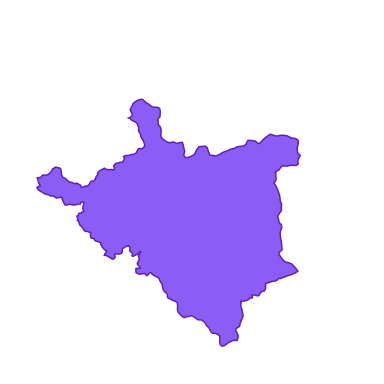 Quang Binh, Hà Giang, Vietnam, rotated 127°
{"feature_id": "81297802B33189914091729", "entity_name": "Quang Binh", "entity_type": "district", "adm_level": 2, "iso_a3": "VNM", "parent_name": "Vietnam", "parent_adm1": "Hà Giang", "projection": "robinson", "projection_center": [104.681, 22.384], "detail": "fine", "context": "isolated", "style": "filled", "palette": "violet", "viewbox_px": 384, "rotation_deg": 127, "n_neighbors": 0, "source": "geoboundaries", "source_scale": "gbopen_adm2", "svg_char_len": 6066}
<svg xmlns="http://www.w3.org/2000/svg" viewBox="0 0 384 384"><g transform="rotate(127 192 192)"><path d="M296.7,74.8L294.7,73.5L290.7,72.3L287.0,70.6L285.1,69.2L283.5,66.7L280.0,67.9L279.3,68.4L278.6,69.2L276.5,73.3L275.6,74.3L274.7,74.5L272.3,73.9L270.8,73.1L267.8,74.5L260.5,76.5L259.8,77.0L255.9,81.3L253.9,84.4L250.9,86.1L250.1,87.3L245.8,83.0L245.0,82.5L242.0,81.8L241.0,81.0L240.3,80.2L239.7,80.2L238.9,82.0L238.6,82.1L238.2,81.9L236.5,80.0L235.5,77.1L234.4,76.3L231.0,76.7L229.8,76.5L228.9,76.0L227.7,74.8L226.8,74.8L224.9,75.1L224.3,75.5L221.2,78.0L220.0,77.5L218.6,76.7L217.2,75.4L215.1,74.4L214.2,72.9L212.7,71.8L211.5,71.1L209.5,70.9L208.9,70.5L207.9,69.3L201.3,65.2L199.2,63.6L194.3,60.8L191.6,59.8L190.7,62.2L189.5,68.6L189.8,70.7L190.5,72.8L191.7,74.9L191.7,76.9L191.3,79.5L189.4,85.2L188.3,85.8L186.9,86.0L184.3,85.3L183.8,85.4L177.4,91.2L175.3,93.7L173.4,95.5L170.9,97.5L166.5,98.8L165.6,99.5L164.8,100.5L164.3,101.4L164.2,102.9L163.7,104.2L159.9,108.7L159.2,109.1L157.3,109.3L152.8,109.5L151.1,111.0L147.6,113.3L147.1,114.0L146.9,115.2L142.2,119.8L139.4,123.7L136.8,128.4L135.5,132.0L132.5,131.9L131.4,132.4L125.3,137.6L122.9,136.1L122.1,135.9L118.1,135.9L117.3,135.7L116.4,135.4L114.9,132.7L113.8,131.3L111.1,129.2L109.4,126.5L108.3,125.0L107.3,124.4L105.6,124.1L103.9,125.9L102.9,126.6L100.6,127.2L98.3,127.4L97.5,127.9L97.5,130.2L96.6,131.9L93.5,134.6L89.9,136.0L87.3,137.9L86.9,138.8L86.7,139.6L87.2,142.2L88.9,144.7L89.9,149.9L91.2,152.3L93.0,155.0L96.4,158.0L97.5,160.7L98.4,163.5L98.9,164.4L105.0,166.3L112.5,167.3L113.3,167.9L113.4,168.9L113.2,171.7L114.1,173.9L116.5,177.7L117.1,178.3L118.5,178.3L120.9,177.7L123.1,177.9L124.9,179.2L127.1,181.7L129.8,183.7L131.7,184.4L134.7,187.1L136.7,187.8L140.7,190.6L147.7,193.8L149.7,195.7L149.7,196.5L151.7,199.8L151.7,200.4L147.4,206.7L147.4,208.5L147.6,209.2L148.6,210.5L150.0,211.6L150.5,212.6L151.7,213.7L155.1,213.8L159.9,212.7L161.1,212.9L164.3,214.2L167.2,216.3L168.0,217.4L168.3,218.7L167.6,220.6L166.4,221.3L164.1,222.2L163.5,222.7L162.1,224.7L159.3,227.8L158.3,229.4L158.3,229.9L159.1,230.7L162.7,233.7L162.8,234.5L162.8,236.0L164.0,237.8L165.5,239.0L166.6,240.3L167.2,243.0L167.3,244.8L167.1,248.0L166.8,249.5L165.5,251.1L161.0,253.9L159.1,256.6L158.4,259.5L154.6,262.8L153.9,263.1L151.2,262.8L146.5,266.0L145.0,267.8L144.8,269.0L144.9,270.2L147.5,273.8L148.0,275.5L147.9,279.0L148.3,282.8L147.8,286.5L148.2,287.9L150.2,289.9L154.0,291.7L156.8,292.3L159.5,291.6L162.8,291.1L163.9,290.6L165.5,287.0L166.2,286.1L166.8,285.7L169.8,286.3L171.2,287.2L171.1,286.7L170.4,285.9L170.9,284.1L170.6,281.0L170.1,279.3L170.3,277.1L171.8,274.9L172.6,273.2L174.7,272.0L175.3,271.5L176.2,269.8L176.7,268.1L178.1,266.8L179.1,265.1L179.6,264.2L179.6,263.4L180.3,262.3L180.9,260.7L182.9,258.2L183.4,257.7L184.6,257.3L186.2,257.8L187.5,257.7L189.1,260.4L189.6,260.8L192.3,260.6L193.7,260.0L196.9,260.9L198.1,262.7L200.6,264.4L202.0,265.8L202.6,266.8L204.6,267.9L204.8,268.0L205.8,266.4L206.6,265.7L209.7,265.4L210.3,265.8L211.4,267.1L212.7,268.0L214.0,269.3L215.8,270.3L216.9,270.4L218.7,270.0L219.3,268.4L220.4,268.0L221.7,268.0L222.2,269.5L222.9,270.4L223.9,271.3L224.5,272.6L225.4,273.7L225.7,275.3L225.7,276.4L227.4,276.9L228.5,277.7L231.2,278.7L233.0,278.8L234.1,278.6L235.3,277.6L237.8,277.8L239.2,277.1L242.6,277.0L243.1,277.3L243.2,278.1L243.6,278.7L243.9,278.9L245.0,279.1L248.5,278.6L250.4,279.3L251.9,281.2L253.0,281.3L253.5,281.6L254.5,283.4L254.6,283.8L253.9,284.7L253.7,285.4L254.2,288.9L254.3,289.6L255.2,289.7L255.9,290.2L256.2,291.9L256.6,292.4L256.9,294.3L257.7,295.4L258.0,297.5L257.7,298.2L257.6,300.1L257.2,301.5L257.9,302.5L258.0,304.2L256.9,306.3L252.9,310.3L252.5,311.1L252.4,312.0L253.5,314.0L253.7,315.0L254.6,316.3L256.4,316.5L257.7,317.3L258.3,317.2L259.5,316.7L260.1,316.6L264.1,317.3L265.4,317.9L266.5,318.8L268.1,321.1L269.0,321.6L271.4,321.6L273.8,324.2L277.6,319.0L277.9,317.6L278.6,316.8L278.9,316.8L279.3,317.1L279.6,317.7L280.7,318.4L281.7,318.5L282.1,318.0L282.8,315.8L282.1,308.5L280.5,304.5L280.4,302.8L278.8,300.4L278.5,299.6L278.4,298.4L278.5,296.7L274.6,293.2L277.9,287.7L278.7,285.5L278.7,285.2L275.3,282.1L273.7,278.7L273.0,277.9L269.6,275.1L268.9,273.9L267.2,274.4L266.3,274.1L265.8,273.4L265.6,271.9L270.5,269.6L271.4,268.9L272.5,266.8L273.4,266.9L274.3,267.8L275.8,268.0L277.0,269.5L277.5,269.5L279.0,268.8L279.4,268.8L280.2,269.4L280.5,269.4L281.3,268.5L282.2,266.8L283.7,266.6L283.5,265.6L283.9,264.8L285.8,261.8L286.4,257.8L287.7,254.6L287.5,253.3L286.4,251.7L285.6,248.7L285.7,248.3L287.9,246.9L289.0,245.6L289.4,244.8L289.4,244.4L288.4,242.8L288.4,242.2L289.1,240.3L289.1,239.5L288.2,237.4L287.5,234.2L288.6,233.4L290.0,230.6L290.7,227.3L290.3,224.7L290.9,224.9L292.2,224.1L294.0,224.4L295.3,223.9L294.3,222.3L293.6,217.0L293.6,215.4L293.0,214.5L292.3,214.2L290.8,214.1L289.6,214.7L289.1,215.7L288.3,216.3L287.4,215.6L285.4,212.8L283.8,211.5L282.3,211.4L279.5,213.4L279.2,213.4L276.0,212.3L273.2,210.7L273.6,208.4L274.3,207.6L275.6,207.0L276.6,206.2L276.8,203.5L277.2,202.3L278.0,201.8L278.8,201.7L279.2,201.2L279.1,200.6L278.6,200.2L274.3,198.1L272.1,198.0L270.6,197.3L272.1,196.3L273.1,196.3L274.8,196.7L277.6,193.5L282.0,192.7L282.6,192.0L283.4,188.1L284.1,187.4L284.8,188.2L285.2,189.2L286.8,190.6L287.4,190.5L290.1,188.2L289.6,185.3L289.0,184.1L287.8,183.2L285.7,180.8L285.6,179.8L286.0,177.9L285.8,177.5L283.4,177.3L281.8,176.9L281.1,176.2L281.0,175.8L281.7,173.9L281.7,172.8L281.1,170.2L280.7,167.1L282.9,162.7L283.5,160.6L284.0,159.9L286.6,157.4L287.4,156.0L288.0,154.2L288.4,150.5L288.7,149.8L290.0,149.0L290.9,148.0L291.1,147.2L290.4,144.3L290.3,142.3L289.4,139.8L289.1,137.6L290.0,136.3L291.9,134.7L293.8,133.5L295.4,132.1L296.4,130.6L297.3,124.7L297.1,123.1L296.4,122.0L294.9,121.4L293.1,119.4L291.6,118.4L291.1,117.7L290.8,117.2L290.6,114.7L290.5,110.7L290.3,110.0L288.8,108.0L288.5,106.8L288.3,104.5L288.7,102.7L289.6,101.0L290.0,99.8L290.3,96.6L291.9,93.5L292.4,92.0L292.4,90.5L291.1,88.7L290.7,87.9L290.2,84.8L290.4,83.3L292.0,81.7L294.8,79.9L297.1,77.4L297.2,76.1L296.7,74.8Z" fill="#8b5cf6" stroke="#5b21b6" stroke-width="1.5"/></g></svg>